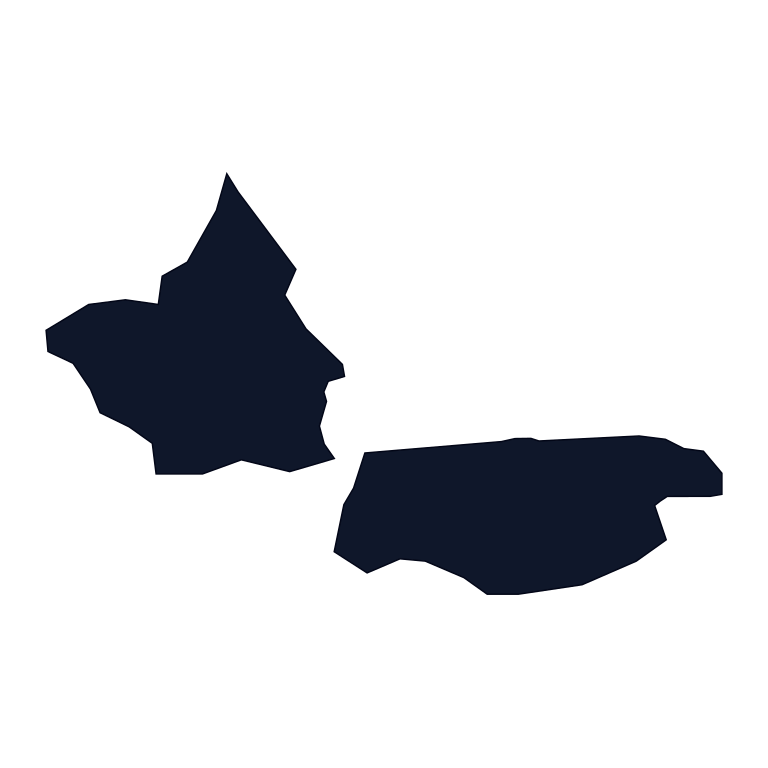 map outline of Raunas (Equal Earth projection)
{"feature_id": "LVA-5799", "entity_name": "Raunas", "entity_type": "Municipality", "adm_level": 1, "iso_a3": "LVA", "parent_name": "Latvia", "parent_adm1": "", "projection": "equal_earth", "projection_center": [25.779, 57.325], "detail": "fine", "context": "isolated", "style": "filled", "palette": "ink", "viewbox_px": 768, "rotation_deg": 0, "n_neighbors": 0, "source": "natural_earth", "source_scale": "10m", "svg_char_len": 836}
<svg xmlns="http://www.w3.org/2000/svg" viewBox="0 0 768 768"><path d="M226.8,173.8L238.1,192.0L295.9,269.3L284.7,295.1L306.0,328.9L342.4,364.4L344.5,376.4L328.2,381.3L323.8,391.9L326.5,401.4L319.4,426.1L324.2,444.1L334.3,458.5L289.7,471.6L241.3,459.8L202.6,473.9L156.1,473.9L152.3,443.3L129.1,426.8L100.1,412.7L90.5,389.1L73.1,363.3L48.0,351.5L46.1,330.3L88.7,304.5L125.4,299.8L158.3,304.5L162.2,276.2L187.3,262.1L216.4,210.5L226.8,173.8ZM639.1,436.0L665.4,439.3L683.8,448.6L703.4,451.2L721.9,473.2L721.9,494.3L710.2,496.3L667.2,496.4L660.0,501.2L654.6,505.5L666.2,539.8L636.3,561.1L582.1,584.7L518.2,594.2L487.2,594.2L463.9,577.6L425.2,561.1L400.0,558.8L367.1,572.9L334.2,551.7L343.9,504.6L353.6,488.1L364.9,453.0L501.4,441.6L515.0,438.6L530.9,438.4L539.0,441.0L639.1,436.0Z" fill="#0f172a" stroke="#020617" stroke-width="1.5"/></svg>